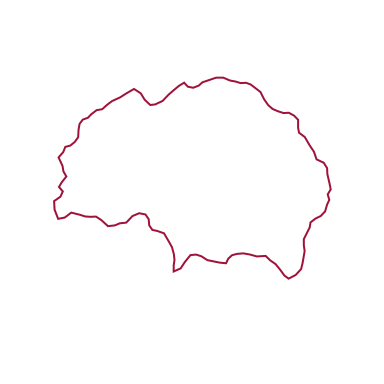 the district of Gabriel Monteiro, São Paulo, Brazil, rotated 337°
{"feature_id": "56859067B44282115877376", "entity_name": "Gabriel Monteiro", "entity_type": "district", "adm_level": 2, "iso_a3": "BRA", "parent_name": "Brazil", "parent_adm1": "São Paulo", "projection": "orthographic", "projection_center": [-50.57, -21.508], "detail": "fine", "context": "isolated", "style": "outline", "palette": "rose", "viewbox_px": 384, "rotation_deg": 337, "n_neighbors": 0, "source": "geoboundaries", "source_scale": "gbopen_adm2", "svg_char_len": 1676}
<svg xmlns="http://www.w3.org/2000/svg" viewBox="0 0 384 384"><g transform="rotate(337 192 192)"><path d="M112.0,90.2L108.6,97.1L103.7,100.1L98.2,101.7L93.0,101.0L89.0,105.0L82.7,108.0L83.0,117.4L81.7,122.8L82.4,128.6L75.7,132.3L71.5,135.4L73.3,141.0L69.1,144.9L61.5,146.5L58.6,154.6L58.3,164.4L64.9,165.8L72.8,163.8L79.7,169.0L84.3,172.9L89.1,175.3L94.0,177.1L97.6,182.5L101.3,190.6L108.0,192.6L113.2,192.6L119.5,194.5L127.8,190.9L135.1,190.9L140.4,194.5L141.5,200.1L139.6,206.1L140.7,211.4L144.8,214.3L150.1,219.1L151.4,229.2L152.0,235.1L151.0,242.2L149.3,247.8L146.5,252.3L144.1,258.0L151.7,257.9L158.0,253.7L165.9,249.5L171.3,251.2L175.6,254.9L179.5,260.7L190.0,267.9L195.5,270.9L199.4,267.5L204.2,265.8L209.4,266.6L215.4,268.6L220.9,272.2L226.6,276.7L234.8,279.6L237.3,285.5L240.8,291.1L242.9,298.5L244.4,305.0L247.1,309.5L255.0,308.9L262.3,305.6L265.7,301.1L268.8,296.3L272.6,290.4L274.1,284.8L276.5,279.1L281.2,275.1L286.5,270.6L289.2,266.3L295.3,264.7L301.1,264.4L306.9,261.9L311.6,256.2L315.3,252.9L316.0,247.2L320.7,243.8L322.0,237.5L323.6,228.4L325.7,222.8L324.7,216.6L319.4,210.6L320.0,202.7L318.5,194.9L317.3,185.5L313.7,179.3L314.8,174.2L317.9,167.0L315.8,161.6L312.1,156.9L307.1,155.1L302.6,151.2L298.6,147.0L296.1,141.8L294.6,134.8L294.1,126.7L288.0,115.9L284.4,112.6L279.2,110.7L275.2,107.3L270.5,104.2L265.5,99.0L258.9,96.2L244.5,95.1L239.8,96.7L233.8,96.5L229.3,93.4L227.5,88.3L221.4,89.2L215.1,91.1L208.6,93.2L200.5,96.7L192.3,97.0L187.6,95.6L184.5,88.6L183.4,81.2L178.9,74.5L170.0,75.6L162.9,76.8L153.8,77.1L147.5,78.7L141.7,80.7L136.2,79.4L129.9,81.0L125.2,83.0L119.7,82.7L115.2,85.3L112.0,90.2Z" fill="none" stroke="#9f1239" stroke-width="2"/></g></svg>